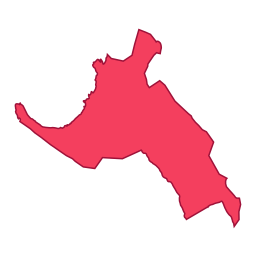 outline of La Toc, Castries, Saint Lucia
{"feature_id": "8701671B20822148324962", "entity_name": "La Toc", "entity_type": "district", "adm_level": 2, "iso_a3": "LCA", "parent_name": "Saint Lucia", "parent_adm1": "Castries", "projection": "equal_earth", "projection_center": [-61.007, 14.009], "detail": "fine", "context": "isolated", "style": "filled", "palette": "rose", "viewbox_px": 256, "rotation_deg": 0, "n_neighbors": 0, "source": "geoboundaries", "source_scale": "gbopen_adm2", "svg_char_len": 5605}
<svg xmlns="http://www.w3.org/2000/svg" viewBox="0 0 256 256"><path d="M188.5,113.8L174.9,101.1L164.9,85.2L159.7,80.7L149.3,87.6L147.1,84.2L146.4,79.4L145.4,76.5L144.4,73.3L147.7,66.4L147.9,64.0L153.8,55.3L156.6,52.7L158.1,53.2L159.7,53.5L160.2,53.6L160.6,51.0L161.2,48.4L161.3,47.7L161.2,46.9L161.2,46.4L161.0,45.2L160.7,44.1L160.3,43.2L160.1,42.9L159.3,42.1L158.7,41.7L158.0,41.3L157.0,41.3L156.7,41.5L156.2,41.9L155.8,41.2L150.5,34.4L145.8,32.3L138.9,29.6L134.7,44.2L132.0,55.3L123.3,61.1L111.3,58.5L107.4,54.5L107.2,56.1L107.0,56.7L106.6,57.5L106.1,58.0L106.0,59.3L106.0,60.1L105.6,61.2L105.0,62.3L104.9,62.6L104.3,63.5L103.9,63.8L103.4,64.1L103.1,64.0L102.9,63.6L102.8,63.1L102.7,62.4L102.6,62.1L101.9,60.8L101.2,59.8L100.8,59.3L100.6,59.3L100.4,59.5L100.2,59.7L100.2,60.0L100.4,60.4L100.9,61.0L101.1,61.3L101.0,61.8L100.8,62.1L100.6,62.1L100.2,61.8L99.4,60.9L98.8,60.2L98.4,59.6L97.7,59.4L97.2,59.7L97.0,59.8L96.5,60.6L96.0,61.0L95.5,61.5L95.0,62.0L94.5,62.1L93.8,62.2L93.5,62.4L93.5,62.7L93.8,63.2L93.7,63.9L93.1,64.3L92.8,64.8L92.8,65.0L92.8,65.6L93.4,66.8L94.1,67.6L94.3,67.7L95.0,68.2L95.3,68.9L95.5,69.6L95.8,70.7L96.2,71.6L97.2,72.8L97.4,73.2L97.4,74.2L97.2,75.0L96.4,75.4L96.1,76.6L96.0,77.2L95.8,78.4L95.6,79.0L95.2,79.6L95.2,80.2L95.5,80.6L95.9,80.8L96.1,81.0L96.2,81.9L96.0,83.2L95.8,84.2L95.7,84.8L95.8,85.3L96.1,85.7L96.1,86.4L95.9,87.4L95.5,89.1L94.8,90.3L94.6,90.8L94.3,91.2L93.6,92.3L93.2,92.8L92.8,92.8L91.9,92.1L91.9,91.8L91.7,91.7L91.4,91.7L91.2,92.0L91.1,92.5L91.0,93.2L90.7,94.1L90.2,94.7L89.8,95.0L89.3,95.1L89.1,94.8L88.8,94.5L88.7,94.5L88.6,95.1L88.7,96.0L88.9,96.6L89.1,97.4L89.1,98.3L88.7,98.7L88.1,98.8L87.8,98.8L86.9,99.0L86.3,99.5L85.9,100.4L85.5,100.6L85.0,100.7L84.6,100.6L84.1,100.7L83.8,100.8L83.6,100.8L83.4,101.1L83.5,101.3L83.7,101.6L83.8,101.8L84.3,102.4L84.5,102.5L84.7,102.3L85.1,102.2L85.3,102.6L85.5,103.5L85.6,105.1L85.4,106.2L85.1,106.6L84.7,106.7L84.3,106.4L84.0,106.5L84.0,106.8L84.1,107.1L84.5,107.7L84.4,108.2L84.2,108.9L84.0,109.1L83.7,109.5L83.3,110.0L82.9,110.6L82.4,111.7L82.1,112.2L81.9,112.5L81.6,112.6L81.2,113.8L80.9,114.1L80.6,114.4L80.3,114.6L79.9,114.7L79.8,114.8L79.5,114.9L79.1,115.2L78.6,115.8L77.8,116.5L77.3,117.0L76.7,117.5L76.1,118.0L74.9,119.2L74.2,120.1L73.6,120.7L73.4,120.8L73.1,121.1L72.9,121.3L72.3,121.7L72.1,121.8L71.6,122.3L71.3,122.8L71.0,123.4L70.7,123.6L70.3,123.4L70.1,123.6L70.0,123.9L69.8,124.2L68.9,124.8L68.3,125.0L68.0,125.1L67.8,125.0L67.6,124.8L67.2,124.8L67.1,125.7L67.0,126.0L66.6,126.0L65.8,125.6L65.4,125.6L64.8,125.8L64.5,126.3L64.0,127.3L63.6,127.5L63.2,127.6L62.8,128.0L62.6,128.2L61.5,127.9L60.6,127.5L60.3,127.7L60.0,128.0L59.5,128.2L59.3,128.3L59.0,128.4L58.6,128.5L57.4,128.4L55.9,128.0L55.2,127.9L53.9,127.7L52.4,127.6L51.6,127.7L50.6,127.8L48.9,127.7L48.0,127.6L45.7,127.4L45.2,127.3L43.4,127.0L43.1,127.0L42.6,126.8L42.4,126.7L41.8,126.4L41.2,126.0L41.0,125.8L40.0,124.8L39.9,124.7L38.5,123.8L38.3,123.7L36.7,122.6L35.6,121.8L35.5,121.7L35.2,121.1L34.9,120.8L34.3,120.6L33.7,120.1L33.0,119.5L32.4,119.0L32.1,118.9L30.9,118.6L29.8,117.5L29.0,116.6L27.9,115.3L27.4,114.7L24.7,109.2L23.9,107.6L23.6,107.0L23.2,106.1L22.5,105.4L22.2,105.1L21.9,104.9L21.4,104.6L21.2,104.5L20.8,104.2L20.6,103.9L20.5,103.7L20.4,103.3L20.2,103.1L19.8,103.5L20.0,104.0L20.0,104.4L19.7,104.6L19.2,104.4L19.1,104.2L18.8,104.0L18.5,104.0L17.5,103.9L16.9,103.8L16.4,103.9L16.2,104.0L15.9,104.1L15.6,104.4L15.4,105.0L15.4,105.7L15.4,106.3L15.5,106.7L15.6,107.2L15.6,107.6L15.6,108.0L15.7,108.5L15.8,108.8L16.0,109.3L16.0,109.7L16.0,110.2L16.0,110.5L15.9,110.7L15.8,111.0L15.7,111.2L15.6,111.5L15.9,112.6L16.1,113.3L16.3,113.7L16.8,114.2L17.2,115.1L17.3,115.3L17.4,115.5L17.5,115.8L17.6,116.5L17.6,116.8L17.6,117.1L17.8,117.6L18.0,118.2L18.2,118.5L18.5,118.8L18.6,118.7L18.8,118.6L18.9,118.2L19.0,118.1L19.4,118.1L19.6,118.3L20.0,118.6L20.1,118.8L20.3,119.1L20.4,119.5L20.3,120.0L20.2,120.5L20.2,120.8L20.1,121.0L19.9,121.5L30.3,128.7L34.9,132.9L40.7,137.0L50.6,144.7L66.4,155.6L72.5,158.7L75.2,161.3L83.3,166.9L94.8,168.5L102.5,157.6L122.4,158.7L138.7,151.3L139.0,151.1L139.7,150.9L140.4,150.5L141.1,150.1L141.7,150.6L142.0,151.5L142.8,152.6L143.9,153.3L144.7,153.2L145.7,153.4L146.4,154.1L146.8,155.3L147.0,155.8L147.2,156.0L147.5,156.6L148.2,157.4L148.7,158.2L148.9,159.2L149.2,160.2L150.0,161.2L151.2,162.1L152.3,162.7L152.9,163.5L154.1,164.2L155.9,165.4L157.3,166.8L158.5,168.0L159.4,169.2L159.8,170.3L160.2,171.0L161.5,172.7L162.0,174.2L162.4,175.6L163.3,176.9L164.5,177.7L165.7,178.2L166.6,178.6L167.1,179.8L167.8,181.2L168.4,181.6L169.8,181.7L170.9,182.1L171.5,182.9L172.2,183.8L172.9,185.4L173.8,187.0L175.0,188.9L176.0,190.8L176.9,192.4L178.3,194.1L179.4,195.3L179.7,196.4L179.7,197.0L179.4,197.8L179.5,201.0L180.2,203.3L180.6,205.2L182.2,207.7L183.6,211.3L184.8,213.5L184.2,215.9L184.6,217.2L186.1,218.7L186.4,219.4L208.1,206.7L208.6,205.7L208.6,206.3L209.0,205.8L210.1,205.1L211.3,204.7L212.7,204.4L214.0,203.8L215.0,203.4L216.3,203.0L217.7,202.7L219.4,202.3L220.7,201.6L221.2,201.3L221.5,201.2L222.0,201.4L222.7,202.4L223.4,203.9L224.1,205.8L224.8,207.6L225.9,209.8L226.8,211.6L227.7,212.9L228.6,214.1L229.1,214.7L229.7,215.3L230.4,215.8L230.9,216.4L231.4,217.1L231.8,218.3L232.1,219.4L232.4,220.3L232.6,221.4L233.2,222.6L233.8,223.5L233.9,224.9L234.1,225.8L234.2,226.4L239.0,219.6L238.9,211.7L240.6,204.5L239.4,198.2L236.6,198.1L235.5,197.4L234.3,195.7L231.6,192.6L230.1,191.0L226.4,186.7L225.6,183.7L225.6,181.1L226.1,179.3L226.9,178.3L219.2,174.2L208.8,155.6L213.6,142.1L206.4,131.8L202.3,129.7L198.7,125.5L195.4,122.3L192.2,118.3L191.2,115.9L188.5,113.8Z" fill="#f43f5e" stroke="#9f1239" stroke-width="1.5"/></svg>